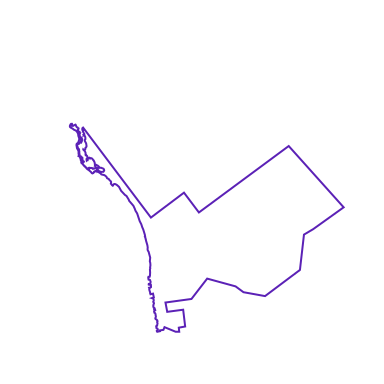 Tulum, Quintana Roo, Mexico (Mercator projection), rotated 143°
{"feature_id": "50627088B89843068192047", "entity_name": "Tulum", "entity_type": "district", "adm_level": 2, "iso_a3": "MEX", "parent_name": "Mexico", "parent_adm1": "Quintana Roo", "projection": "mercator", "projection_center": [-87.448, 20.147], "detail": "fine", "context": "isolated", "style": "outline", "palette": "violet", "viewbox_px": 384, "rotation_deg": 143, "n_neighbors": 0, "source": "geoboundaries", "source_scale": "gbopen_adm2", "svg_char_len": 6056}
<svg xmlns="http://www.w3.org/2000/svg" viewBox="0 0 384 384"><g transform="rotate(143 192 192)"><path d="M287.9,131.4L287.3,130.5L287.2,129.7L287.4,129.1L288.0,128.2L289.1,127.6L289.1,126.6L289.5,125.8L290.4,125.4L290.8,124.9L291.1,124.7L291.3,124.4L291.5,124.3L291.6,124.0L291.9,123.7L292.2,122.8L291.8,122.0L291.9,121.4L292.4,121.2L292.8,121.2L293.0,120.9L292.9,120.5L292.4,120.0L292.5,119.7L292.8,119.7L293.3,119.9L294.1,119.5L294.7,118.2L294.4,117.6L294.6,116.4L295.2,115.6L295.6,114.5L296.6,113.6L297.1,113.4L297.5,112.9L297.5,112.2L297.1,111.5L297.0,110.4L297.4,110.1L297.3,109.7L297.5,109.3L298.3,108.8L298.6,107.8L299.8,106.8L300.1,106.4L300.6,106.2L301.0,106.5L301.5,106.2L302.3,104.6L301.8,103.7L302.0,102.9L302.7,102.4L303.7,102.3L303.9,101.8L303.6,101.5L303.7,101.2L301.3,100.1L300.9,100.8L297.8,99.1L295.3,100.6L289.2,90.3L286.3,88.1L284.2,91.6L278.4,88.7L269.9,103.3L283.9,111.2L279.7,119.7L256.8,106.9L232.0,113.7L214.0,90.4L211.2,81.0L196.3,64.9L152.7,64.8L128.2,90.6L117.5,89.4L80.1,88.5L87.1,170.5L198.8,171.5L198.8,196.3L240.2,196.3L240.2,309.0L240.9,309.0L241.6,308.5L241.7,308.1L242.2,307.7L242.2,306.3L242.7,306.0L242.8,305.5L243.1,303.0L243.5,302.7L244.3,302.9L244.3,302.5L244.6,302.2L244.1,301.9L243.9,301.4L244.2,300.0L245.3,298.4L246.5,298.0L246.7,297.7L246.9,297.1L247.3,294.5L248.6,292.1L249.3,291.6L250.7,291.3L251.2,290.6L251.8,290.3L252.5,290.4L253.1,291.0L253.2,291.4L253.3,291.3L253.0,288.9L253.5,287.2L254.7,285.7L254.7,285.2L254.4,285.1L254.5,284.9L254.1,284.2L254.2,283.5L255.0,282.0L255.4,281.9L256.1,282.0L256.7,281.4L257.2,280.4L256.7,280.4L256.3,280.2L256.0,280.7L255.4,281.0L254.8,281.0L254.5,281.3L253.9,281.4L253.2,281.1L253.0,280.6L253.1,280.0L252.4,279.9L252.0,279.5L251.7,278.9L251.6,277.4L251.7,277.1L251.7,276.6L251.5,276.3L251.8,275.4L251.9,274.4L252.6,273.1L253.2,272.1L253.4,271.9L253.6,271.3L253.8,271.2L253.6,270.9L253.3,270.9L253.4,271.1L253.3,271.5L252.8,271.8L252.3,271.6L251.9,270.9L251.8,270.2L251.4,269.8L251.1,268.3L251.1,267.9L251.5,267.3L251.3,266.9L250.1,266.2L248.7,263.9L248.7,263.0L249.2,262.0L250.2,261.6L250.7,261.5L251.4,262.1L252.5,262.6L252.6,262.8L253.1,263.2L253.2,263.9L253.8,263.9L254.0,264.4L253.9,264.7L254.1,265.1L253.9,265.4L253.9,265.5L254.2,265.5L253.8,265.8L253.9,266.1L254.2,266.2L254.2,266.5L254.4,266.8L253.9,266.8L253.8,267.1L253.9,267.3L253.4,267.4L253.4,267.1L253.1,267.4L253.1,267.6L252.8,267.7L253.4,268.5L254.2,268.9L254.3,269.2L254.7,269.4L256.3,269.6L256.6,270.2L257.0,270.2L257.0,270.8L257.2,271.0L257.4,270.9L257.5,271.3L257.9,271.8L258.6,272.2L259.0,272.8L259.6,273.3L260.7,273.5L260.3,273.2L260.3,272.8L260.1,272.5L260.4,272.5L260.6,272.9L260.8,272.9L260.9,272.2L260.7,271.9L260.8,271.7L261.1,271.8L261.1,272.2L261.3,272.5L261.1,272.8L261.1,273.0L261.4,273.1L261.8,273.8L261.7,274.5L261.9,274.8L261.9,276.2L262.4,278.6L262.2,280.4L262.4,280.7L262.4,281.5L261.5,281.7L261.0,281.3L260.1,281.2L260.0,281.4L260.2,282.0L260.4,281.6L261.7,281.8L260.9,282.4L260.8,282.8L260.4,283.1L260.4,283.4L260.2,283.8L259.6,284.1L259.5,284.4L259.7,284.7L259.6,284.9L258.9,285.5L259.4,286.6L259.2,287.1L259.6,287.9L260.0,288.2L260.0,288.6L259.2,289.6L258.6,290.9L257.5,292.3L257.1,293.3L256.7,293.7L256.5,294.6L256.7,295.4L255.9,297.8L255.9,298.3L255.7,298.4L255.7,298.7L255.4,298.9L254.8,299.0L253.1,298.5L252.8,298.8L251.5,298.8L250.9,298.2L250.6,298.5L250.9,298.5L250.9,299.0L250.5,299.0L249.2,300.2L249.1,300.9L248.9,300.8L249.0,300.2L250.0,299.3L249.9,298.9L249.7,298.7L249.1,299.1L248.2,300.2L248.2,300.5L247.9,300.5L247.8,301.1L248.2,301.5L247.8,301.5L247.6,301.8L248.2,301.9L248.5,302.2L248.2,302.3L248.2,302.6L249.0,302.4L249.0,302.6L248.2,302.9L248.6,303.7L248.4,304.0L248.1,304.0L248.1,304.5L247.7,304.6L247.6,305.3L247.3,305.5L247.7,305.5L247.5,306.4L246.6,306.7L246.6,307.5L246.0,307.6L245.8,307.2L245.6,307.5L245.6,307.8L246.1,308.1L246.3,308.6L246.1,309.3L246.3,309.4L246.2,309.9L246.3,310.2L245.8,310.4L245.2,310.4L244.3,311.1L244.7,312.2L244.6,312.5L244.9,312.9L245.0,313.6L244.9,314.2L244.5,315.5L244.5,315.9L245.6,316.2L247.0,316.3L247.2,316.5L247.2,316.8L248.0,316.9L248.0,317.7L247.3,318.1L246.3,317.9L246.8,318.2L246.8,318.7L247.6,319.2L248.3,319.1L249.5,318.5L250.0,318.0L250.3,317.2L250.0,316.1L249.7,315.8L249.5,315.0L249.2,314.4L248.7,312.5L248.1,311.6L247.6,310.2L247.7,308.1L248.2,306.5L248.6,305.9L248.5,305.7L248.7,305.3L248.6,305.0L249.1,304.9L249.8,302.7L250.7,301.6L253.1,300.0L253.5,299.9L255.0,299.9L256.0,299.1L257.5,296.2L257.9,293.4L258.4,292.4L259.6,290.8L260.1,289.5L261.0,289.0L260.6,288.3L260.6,287.1L261.3,284.9L261.6,284.6L262.0,283.1L262.2,282.6L262.7,282.2L262.8,281.6L262.5,280.1L262.5,278.1L262.0,275.3L262.0,274.0L261.8,273.1L261.2,271.4L260.6,268.5L260.7,267.5L260.4,266.8L259.4,266.5L259.0,266.7L257.9,266.7L257.8,267.1L256.9,267.0L256.0,266.3L255.3,265.3L255.3,265.1L254.5,263.7L253.8,261.7L253.8,260.6L251.9,258.3L251.4,257.0L251.2,255.2L251.5,254.1L250.7,252.6L250.8,252.3L250.7,252.0L250.7,251.0L250.4,249.3L250.6,248.6L251.8,247.5L251.7,246.5L251.8,245.9L251.5,244.7L251.1,244.7L250.1,245.3L249.4,245.2L249.0,245.0L248.4,244.3L247.8,243.0L247.2,240.1L247.9,235.6L247.3,230.0L246.7,228.3L247.1,224.1L247.5,222.7L247.1,216.2L247.8,213.0L248.4,211.1L248.7,207.9L251.3,200.2L251.9,196.8L252.9,193.9L253.5,191.4L255.4,186.2L256.3,184.5L256.5,184.5L256.5,184.0L256.8,183.7L257.2,182.4L257.5,182.0L257.5,181.7L257.7,181.4L258.0,180.8L259.7,176.3L260.8,174.3L261.8,173.2L262.3,172.4L262.5,171.7L262.6,170.4L264.9,164.7L267.4,162.0L268.0,160.5L269.3,158.5L271.0,156.8L271.1,156.4L271.3,156.1L272.1,155.6L273.9,152.9L275.9,150.5L276.9,149.8L277.8,150.5L278.3,150.2L279.2,148.7L279.4,148.1L278.8,147.6L278.5,147.0L279.1,145.2L279.8,144.5L280.5,144.1L281.1,144.2L281.8,144.6L282.3,144.1L282.2,143.9L281.7,143.8L281.3,144.1L281.2,144.0L280.9,143.3L280.7,143.3L280.7,142.5L280.9,142.3L281.2,142.4L281.4,142.2L281.5,141.8L281.4,141.5L282.0,140.7L283.0,140.7L283.9,141.3L284.1,140.6L284.7,140.0L285.2,139.0L285.9,136.9L286.3,136.5L286.7,135.3L284.3,134.3L285.9,130.8L287.9,131.4Z" fill="none" stroke="#5b21b6" stroke-width="2"/></g></svg>